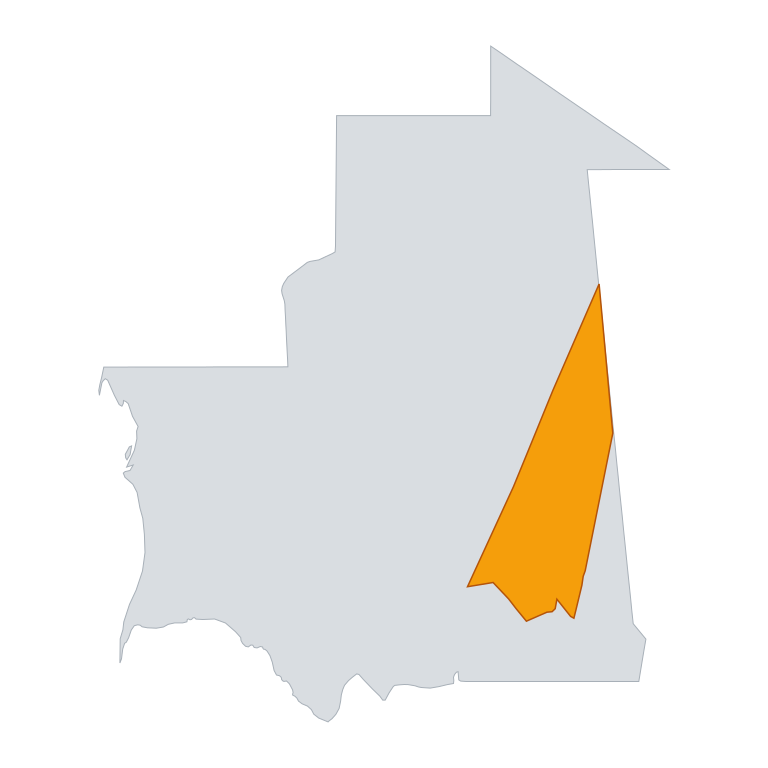 location of Oualata, Hodh ech Chargui, Mauritania
{"feature_id": "47542326B56395627841614", "entity_name": "Oualata", "entity_type": "district", "adm_level": 2, "iso_a3": "MRT", "parent_name": "Mauritania", "parent_adm1": "Hodh ech Chargui", "projection": "robinson", "projection_center": [-7.469, 19.742], "detail": "fine", "context": "in_parent", "style": "filled", "palette": "amber", "viewbox_px": 768, "rotation_deg": 0, "n_neighbors": 0, "source": "geoboundaries", "source_scale": "gbopen_adm2", "svg_char_len": 3651}
<svg xmlns="http://www.w3.org/2000/svg" viewBox="0 0 768 768"><path d="M319.8,718.5L318.8,718.1L313.8,714.2L311.4,709.6L307.5,706.1L302.1,703.8L298.5,701.1L296.9,698.1L294.9,696.2L292.7,695.1L292.6,694.1L293.1,692.6L292.6,689.9L289.4,683.8L286.5,681.0L283.9,681.4L282.5,680.7L281.6,679.4L281.3,677.4L279.5,675.7L276.5,675.0L274.1,670.5L272.3,662.2L270.0,655.7L267.1,651.1L265.1,649.4L263.5,649.1L263.0,648.4L262.6,647.0L260.3,646.5L257.1,647.9L254.2,647.5L252.8,645.2L250.9,645.0L248.3,646.9L245.6,646.3L242.6,643.4L241.0,640.4L240.7,637.5L235.5,631.7L225.5,623.0L214.6,619.0L202.7,619.5L196.0,619.1L194.6,617.7L193.1,617.8L191.6,619.4L190.0,619.8L188.4,618.9L187.3,619.5L186.9,621.8L182.7,622.9L174.7,622.9L168.3,624.3L163.4,627.0L156.4,628.2L147.5,627.8L142.1,626.8L140.2,625.2L137.7,624.8L134.3,625.7L131.3,630.0L128.6,637.8L126.3,642.2L124.6,643.3L122.7,649.1L121.5,658.8L119.9,663.0L120.2,638.8L122.9,629.8L123.8,621.9L129.5,604.4L136.2,590.0L142.5,571.0L145.0,552.6L144.4,534.5L142.8,518.4L139.9,507.8L137.1,492.4L132.9,484.3L125.0,477.3L123.3,473.1L125.1,471.6L130.0,470.5L133.2,465.0L126.6,467.1L134.4,450.2L136.9,438.7L136.6,431.1L138.1,426.5L132.5,416.3L128.2,403.6L125.9,401.6L123.5,400.5L123.3,403.5L121.9,406.2L119.2,404.6L114.4,395.3L107.7,380.2L105.3,378.7L103.2,380.7L101.9,382.7L99.4,395.3L98.8,390.3L99.9,384.4L101.7,377.2L103.8,367.1L109.7,367.1L120.4,367.1L141.8,367.0L152.5,367.0L173.9,367.0L184.6,367.0L206.0,367.0L216.7,366.9L238.1,366.9L248.8,366.9L270.2,366.9L280.9,366.9L287.9,366.8L287.6,359.7L287.3,354.0L286.9,346.4L286.5,338.8L286.2,331.2L285.8,324.0L285.5,316.9L285.1,310.3L284.9,304.2L284.3,300.7L282.1,293.8L281.6,290.4L282.3,286.7L283.8,283.3L288.0,277.0L294.4,272.2L301.7,266.7L307.3,262.4L310.1,261.4L318.8,259.9L325.6,256.7L332.3,253.6L335.1,251.9L335.5,246.0L336.6,115.6L369.3,115.6L377.9,115.6L438.2,115.6L446.8,115.6L490.6,115.6L490.6,109.5L490.7,100.7L490.7,88.6L490.7,76.4L490.7,55.1L490.7,46.1L499.4,52.0L516.7,64.0L525.4,69.9L542.7,81.8L560.0,93.8L577.4,105.7L586.1,111.6L594.8,117.6L603.5,123.6L612.2,129.5L629.7,141.4L637.0,146.4L648.2,154.5L658.7,162.0L669.2,169.5L653.0,169.5L631.3,169.5L616.6,169.5L601.4,169.6L587.2,169.6L588.4,181.8L589.8,195.2L591.1,208.6L592.5,222.0L593.8,235.4L597.8,275.7L599.2,289.1L600.5,302.4L601.9,315.9L603.2,329.3L605.9,356.1L607.3,369.5L608.7,382.9L610.0,396.3L611.4,409.7L612.7,423.1L615.5,449.9L616.8,463.3L618.2,476.7L619.5,490.1L620.9,503.5L622.3,516.9L623.6,530.3L625.0,543.7L627.7,570.5L629.1,583.9L630.5,597.3L631.8,610.7L633.2,623.7L638.8,630.5L645.9,639.1L643.8,651.2L641.4,665.7L638.8,681.5L619.2,681.5L600.0,681.5L552.0,681.5L542.4,681.5L494.4,681.5L484.8,681.5L466.2,681.5L460.7,681.1L458.8,679.9L458.1,671.7L456.4,672.2L454.5,674.6L453.5,677.2L453.8,680.6L453.5,683.5L447.3,684.6L439.0,686.6L430.2,688.1L421.3,687.5L418.3,686.9L415.1,685.8L408.1,684.6L404.2,684.5L399.8,684.8L394.6,685.4L393.0,686.9L389.0,693.0L385.2,700.1L382.7,700.1L379.9,696.2L372.4,688.9L363.2,679.3L359.0,674.5L356.7,673.9L352.3,677.3L348.5,680.6L344.5,685.3L342.7,689.7L341.3,695.0L340.6,701.2L339.1,708.5L335.9,714.3L332.0,718.7L329.2,720.8L328.1,721.9L319.8,718.5ZM130.1,454.6L127.0,459.8L125.7,457.8L125.3,454.3L128.0,449.4L129.3,446.9L131.6,445.9L130.1,454.6Z" fill="#d9dde1" stroke="#a8b0b8" stroke-width="1"/><path d="M527.5,452.5L513.5,486.6L467.5,586.7L470.0,586.3L493.1,582.5L508.6,598.9L516.3,608.9L526.4,621.2L537.3,616.4L546.9,612.2L552.1,611.7L555.2,608.7L556.9,599.2L570.6,616.4L573.9,618.2L575.9,610.1L581.9,585.2L582.1,583.8L583.2,576.3L585.2,570.8L612.8,433.2L599.1,284.0L553.1,389.9L549.0,399.9L527.5,452.5Z" fill="#f59e0b" stroke="#b45309" stroke-width="1.5"/></svg>